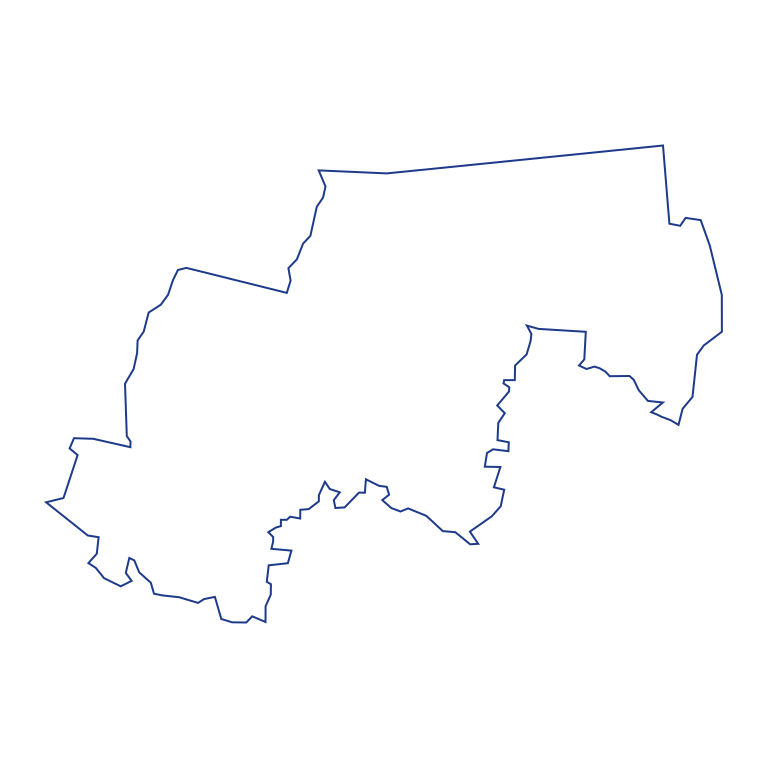 Nurata, Navoi, Uzbekistan
{"feature_id": "79887680B28423618609803", "entity_name": "Nurata", "entity_type": "district", "adm_level": 2, "iso_a3": "UZB", "parent_name": "Uzbekistan", "parent_adm1": "Navoi", "projection": "robinson", "projection_center": [65.941, 40.555], "detail": "fine", "context": "isolated", "style": "outline", "palette": "blue", "viewbox_px": 768, "rotation_deg": 0, "n_neighbors": 0, "source": "geoboundaries", "source_scale": "gbopen_adm2", "svg_char_len": 1964}
<svg xmlns="http://www.w3.org/2000/svg" viewBox="0 0 768 768"><path d="M678.5,424.9L682.6,408.8L692.5,396.9L697.0,354.8L703.7,345.5L721.9,331.7L721.8,294.9L709.8,245.6L700.7,220.1L685.6,217.9L680.2,225.8L669.4,223.7L663.0,145.5L386.9,173.4L318.7,170.4L325.5,186.5L323.0,197.7L316.8,206.7L310.4,235.8L303.1,243.6L296.9,259.3L288.4,268.2L290.6,280.6L286.8,292.9L186.4,267.9L177.9,270.0L173.0,280.1L168.1,294.7L160.8,304.7L148.7,312.5L143.7,331.6L137.6,340.5L137.1,353.2L133.6,369.1L125.0,383.7L126.8,436.1L130.5,441.5L130.4,447.2L93.3,438.8L74.0,438.2L69.6,448.4L77.6,455.1L63.5,498.0L46.1,502.3L87.8,535.5L98.6,537.2L96.8,553.7L88.4,563.1L95.8,567.9L104.1,578.2L120.7,586.3L131.6,580.9L125.8,572.9L129.3,558.0L134.3,560.4L139.2,572.3L150.8,582.7L154.0,593.7L162.3,595.4L179.0,597.2L198.1,602.9L204.0,599.1L214.9,596.9L221.3,619.0L232.1,622.3L246.3,622.5L252.2,616.3L265.5,622.0L265.6,606.2L270.8,594.5L270.9,584.2L266.8,581.8L268.7,565.3L287.9,563.2L291.4,550.6L271.4,548.8L273.1,541.7L273.2,537.0L268.3,532.2L275.8,527.6L280.9,526.1L280.9,519.8L286.8,519.8L290.2,516.7L300.2,518.5L300.3,509.8L308.7,509.1L318.8,501.4L318.9,495.1L324.9,481.8L329.8,489.0L339.8,492.3L333.8,500.1L335.4,508.0L344.6,507.4L359.0,492.6L364.9,492.7L365.9,479.3L379.2,485.9L386.7,486.8L389.1,494.7L382.3,500.1L391.4,508.1L400.5,511.5L408.1,508.4L426.4,515.9L442.8,531.1L455.3,532.2L470.2,544.3L478.2,543.8L469.9,531.6L491.8,516.3L500.7,506.3L504.2,489.7L493.9,487.3L500.4,467.0L484.8,466.7L487.0,453.0L493.1,449.3L508.4,451.2L508.8,442.3L497.5,440.1L498.3,422.8L504.8,413.2L497.2,405.5L509.0,391.5L509.3,387.3L503.5,383.4L504.2,380.1L514.8,380.1L515.1,365.5L526.6,354.4L530.6,341.0L531.4,333.9L526.9,325.6L538.6,328.9L585.8,331.8L584.3,359.4L579.0,365.5L586.5,369.0L594.5,366.6L599.5,368.2L605.5,371.7L609.7,376.2L629.5,376.0L633.7,379.7L638.9,390.4L647.9,400.9L662.9,402.5L651.2,412.2L657.0,414.5L661.6,416.8L670.9,420.3L678.5,424.9Z" fill="none" stroke="#1e3a8a" stroke-width="2"/></svg>